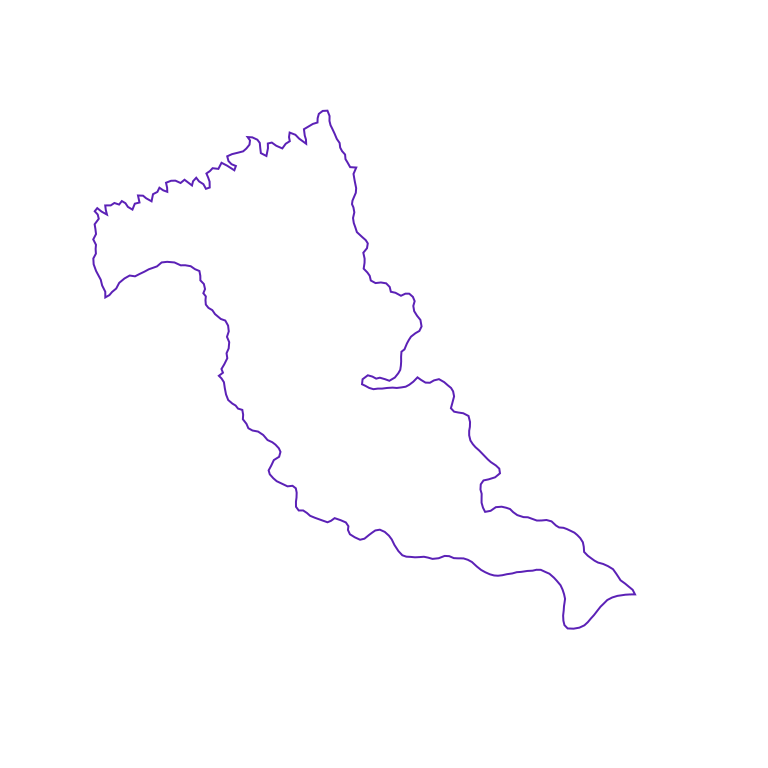 outline of Paineiras, Minas Gerais, Brazil, rotated 46°
{"feature_id": "56859067B75073626302376", "entity_name": "Paineiras", "entity_type": "district", "adm_level": 2, "iso_a3": "BRA", "parent_name": "Brazil", "parent_adm1": "Minas Gerais", "projection": "orthographic", "projection_center": [-45.479, -18.904], "detail": "fine", "context": "isolated", "style": "outline", "palette": "violet", "viewbox_px": 768, "rotation_deg": 46, "n_neighbors": 0, "source": "geoboundaries", "source_scale": "gbopen_adm2", "svg_char_len": 5392}
<svg xmlns="http://www.w3.org/2000/svg" viewBox="0 0 768 768"><g transform="rotate(46 384 384)"><path d="M709.7,349.6L704.8,348.1L700.6,348.6L695.1,349.2L689.5,350.2L686.0,349.5L681.7,348.7L676.3,347.9L670.6,349.4L665.6,351.4L661.1,354.1L657.3,355.3L652.8,356.1L649.0,356.7L643.8,356.7L639.9,353.4L636.0,350.9L631.2,349.9L626.9,349.9L623.2,350.3L619.1,351.8L615.4,353.2L612.1,354.8L608.8,357.7L605.3,358.6L599.2,358.9L594.7,361.6L591.6,365.5L588.4,368.9L584.1,371.0L579.8,373.1L576.7,376.1L570.9,379.2L565.9,380.1L561.5,380.2L558.0,382.0L554.0,384.6L550.3,389.1L549.3,395.4L546.2,400.1L541.7,398.7L537.2,396.3L534.1,393.3L530.8,390.0L526.9,387.9L523.4,384.1L522.5,379.4L525.2,375.1L528.3,368.9L528.8,362.6L525.0,359.9L520.4,360.1L514.4,361.4L510.4,361.7L506.7,361.7L503.0,361.7L498.0,361.7L492.9,362.1L489.0,361.9L484.7,361.1L480.1,358.4L476.8,355.2L474.5,352.0L471.1,348.5L465.7,345.4L460.1,347.3L456.2,350.3L452.6,352.8L447.9,352.7L445.3,348.3L441.6,342.2L437.3,339.4L433.4,338.5L429.3,339.0L424.5,339.4L418.7,341.1L416.1,345.6L415.0,350.1L411.8,353.2L406.8,354.5L402.5,355.3L402.7,361.3L402.1,366.4L401.0,370.3L398.5,373.9L395.7,377.6L392.6,380.3L389.1,384.4L385.8,388.8L382.9,391.8L380.4,395.2L376.5,397.4L372.3,398.7L368.9,400.0L365.7,396.1L366.5,389.6L370.6,387.2L374.7,385.9L376.6,382.6L381.3,379.9L385.4,377.9L386.9,371.7L386.2,366.3L385.1,362.5L382.6,359.2L379.8,356.1L376.3,352.8L372.9,349.0L373.3,345.2L370.8,339.4L369.6,335.6L368.7,331.7L369.3,326.1L370.4,321.7L368.7,317.0L363.2,313.3L357.8,312.8L352.6,311.7L348.2,308.7L345.7,304.4L341.4,302.7L336.6,303.1L333.9,305.8L332.3,310.5L326.3,312.4L322.4,315.0L318.2,312.5L313.1,312.5L308.8,315.7L305.5,320.0L300.4,321.6L296.2,319.1L292.2,318.5L286.9,318.5L283.3,313.8L280.4,310.9L275.2,307.7L274.5,301.9L271.6,298.0L267.8,297.2L263.1,297.6L255.9,298.0L251.6,295.9L247.2,293.9L243.1,291.0L239.9,286.1L235.7,283.3L232.4,282.1L230.2,279.3L228.5,275.3L226.9,271.5L223.8,268.0L217.7,264.1L211.7,260.0L209.0,253.6L204.5,257.7L199.1,256.3L195.5,255.5L191.9,252.6L187.3,252.4L183.5,251.3L179.8,248.5L174.9,247.7L169.5,245.6L164.2,243.8L160.7,242.7L156.9,240.5L153.4,237.0L148.1,234.8L145.0,238.4L144.4,243.2L146.7,247.1L149.7,250.2L147.5,254.5L146.2,260.0L145.1,264.6L150.2,268.4L153.9,270.3L157.1,273.1L148.5,274.6L143.2,274.6L137.6,277.2L140.4,280.8L143.9,283.1L142.9,287.8L143.9,293.5L137.8,296.0L132.4,297.0L130.3,300.5L133.8,303.7L138.3,310.2L132.4,312.2L128.3,309.1L124.3,305.9L120.3,305.4L115.1,307.4L111.6,310.6L115.7,311.2L118.4,314.5L119.0,319.5L118.8,323.7L116.2,328.3L113.1,333.6L111.3,338.6L115.6,341.0L120.0,341.0L124.3,339.1L126.3,343.2L117.9,345.2L112.0,347.2L114.2,353.7L109.7,357.4L109.9,361.2L109.2,365.5L113.4,367.1L117.3,368.9L121.6,372.9L119.9,376.5L114.8,375.1L109.8,376.3L105.2,375.8L105.5,380.5L107.8,384.2L98.5,385.6L98.1,390.7L92.8,392.8L89.9,396.0L87.8,401.0L92.2,403.7L95.2,406.4L91.3,408.3L86.8,409.2L88.4,413.6L87.0,418.3L91.1,424.3L85.1,426.1L81.2,426.5L77.5,430.0L83.6,433.8L81.2,438.0L83.8,443.8L78.7,445.2L74.3,444.4L70.3,445.5L70.9,449.9L66.5,452.2L65.7,456.5L61.9,460.5L65.5,463.2L69.7,465.6L63.8,467.4L58.3,468.1L58.8,472.1L63.2,472.2L67.0,474.4L68.1,481.2L72.0,483.9L76.1,487.0L78.0,492.7L83.8,494.5L86.5,497.6L90.1,500.7L91.8,505.9L96.2,509.7L102.7,512.6L107.6,514.0L112.2,515.3L117.3,518.3L124.0,520.4L128.1,524.3L129.3,519.8L128.9,515.7L129.3,510.3L127.3,504.2L127.8,497.4L129.3,491.6L133.6,488.3L135.0,483.6L136.8,478.2L138.1,473.5L139.8,469.8L141.7,465.6L142.1,459.5L145.5,455.1L151.0,450.3L157.4,447.8L160.5,444.5L165.0,441.2L170.1,440.2L174.5,438.3L178.6,441.0L181.9,444.1L186.9,444.1L191.4,446.8L193.2,450.9L197.2,451.3L199.7,454.2L203.1,457.0L207.3,457.4L211.6,456.2L216.3,457.0L220.2,456.6L223.9,456.2L228.1,454.1L233.7,455.6L238.3,459.1L241.0,464.2L246.4,466.3L250.5,471.0L252.5,475.9L256.6,478.8L258.9,485.3L260.3,490.5L264.0,492.0L263.4,497.1L267.1,497.0L271.5,497.9L276.4,501.4L281.8,504.9L287.3,507.2L292.7,506.7L296.4,505.7L300.3,506.1L304.2,503.9L308.3,506.7L311.3,510.0L317.1,510.6L321.6,512.3L326.1,510.9L330.8,507.6L336.8,506.3L343.4,506.7L348.3,504.8L352.2,504.2L357.2,504.3L360.9,505.6L363.5,510.0L362.2,516.1L364.4,521.9L366.0,527.0L369.6,528.9L374.9,529.1L379.4,528.7L385.0,526.6L390.6,524.5L393.7,520.5L397.8,519.9L401.5,522.3L404.9,525.8L407.5,529.1L411.2,532.6L415.7,533.2L418.8,530.0L423.4,529.0L427.5,528.7L432.3,526.6L438.8,523.4L444.2,520.7L445.6,517.2L446.2,512.7L451.8,509.8L457.1,507.6L461.6,508.4L463.9,511.3L468.4,512.9L474.0,511.5L479.4,509.4L481.7,505.5L482.2,499.6L482.7,495.7L483.3,492.0L485.9,488.2L490.9,486.2L496.5,485.8L501.2,486.4L507.0,488.3L514.2,489.7L519.9,489.8L523.7,487.9L526.8,485.0L530.2,482.1L533.1,478.8L536.0,475.3L539.5,472.9L543.5,470.6L547.3,465.7L549.8,459.8L553.1,456.7L557.8,454.7L561.3,451.4L564.6,448.0L568.7,445.8L573.1,444.4L579.9,444.0L585.2,443.3L589.8,441.9L594.5,440.0L598.2,437.8L601.1,435.2L603.7,431.8L606.2,427.7L609.4,423.3L611.6,419.2L614.4,415.9L618.1,410.7L621.5,406.8L623.6,403.3L626.6,400.3L631.5,398.4L635.4,396.8L641.4,396.3L645.5,396.4L651.4,396.8L656.0,398.4L660.3,400.5L664.3,403.0L666.6,405.9L668.8,408.8L671.7,412.0L675.0,416.0L678.9,419.4L682.8,421.7L687.4,421.7L691.7,417.6L695.0,412.7L696.8,407.5L696.9,402.8L696.4,398.1L696.1,393.5L695.2,387.3L694.6,382.9L694.6,379.0L694.5,373.4L696.1,368.1L698.6,363.2L701.0,359.9L703.2,356.8L706.2,353.3L709.7,349.6Z" fill="none" stroke="#5b21b6" stroke-width="2"/></g></svg>